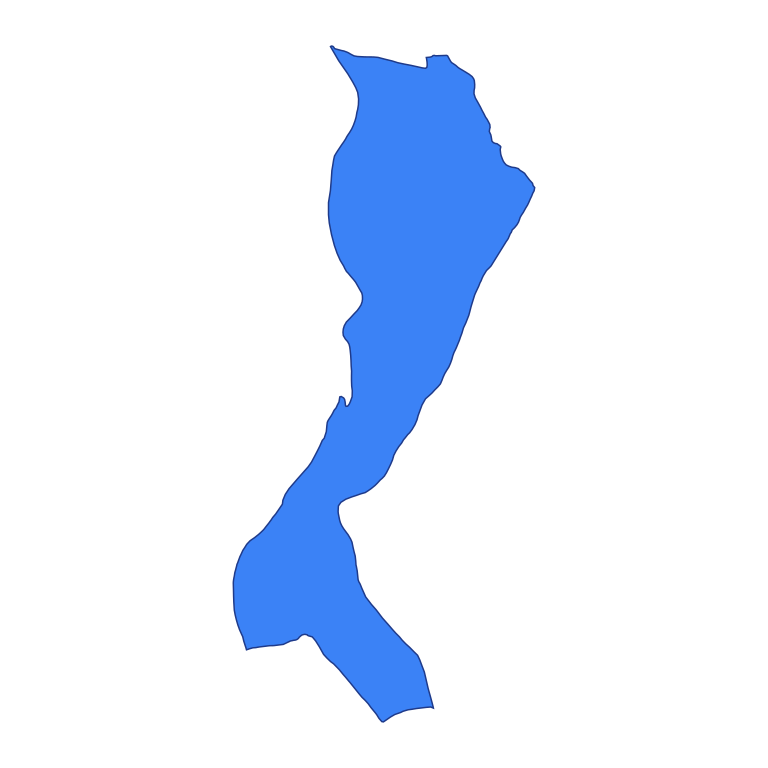 the district of Stueng Traeng, Stœng Trêng, Cambodia
{"feature_id": "14789045B25849746907404", "entity_name": "Stueng Traeng", "entity_type": "district", "adm_level": 2, "iso_a3": "KHM", "parent_name": "Cambodia", "parent_adm1": "Stœng Trêng", "projection": "natural_earth1", "projection_center": [106.059, 13.658], "detail": "fine", "context": "isolated", "style": "filled", "palette": "blue", "viewbox_px": 768, "rotation_deg": 0, "n_neighbors": 0, "source": "geoboundaries", "source_scale": "gbopen_adm2", "svg_char_len": 5863}
<svg xmlns="http://www.w3.org/2000/svg" viewBox="0 0 768 768"><path d="M501.2,155.9L500.7,154.0L500.2,149.6L500.5,148.0L500.8,146.9L500.1,145.9L498.4,144.7L497.0,143.7L495.4,143.5L493.3,142.6L491.9,141.0L491.7,139.7L491.2,136.7L490.8,134.8L490.1,133.3L489.3,131.5L489.7,128.7L490.1,127.5L489.8,124.5L488.8,122.5L487.1,119.3L485.6,117.2L483.6,113.2L482.0,110.3L480.4,107.0L477.7,102.1L475.3,97.9L474.0,93.8L474.1,90.4L474.6,87.9L474.7,84.6L474.3,80.5L473.6,78.7L472.1,76.6L469.2,74.3L462.0,69.9L459.9,68.7L458.0,67.4L455.8,65.4L454.2,64.3L451.6,62.6L450.6,61.3L449.2,58.8L447.6,55.9L446.7,55.4L435.7,55.8L434.3,55.4L433.0,55.6L432.2,56.4L430.4,57.1L426.3,57.5L426.5,58.4L427.0,61.6L427.1,62.8L427.2,65.2L427.0,66.5L426.8,67.4L425.5,68.3L422.4,67.9L417.0,66.7L411.1,65.4L404.3,64.1L397.7,62.7L392.3,61.0L385.3,59.3L378.0,57.4L373.5,57.0L364.7,56.9L357.5,56.5L354.1,55.9L352.1,54.9L350.4,54.0L348.6,52.9L346.9,52.1L343.9,51.0L341.4,50.5L338.9,49.8L337.0,49.3L335.5,48.9L334.5,48.5L333.9,47.4L333.1,46.5L332.1,46.1L331.2,46.1L330.5,46.6L338.7,60.7L347.8,73.8L352.8,82.1L355.8,87.7L357.7,92.4L358.6,99.0L358.4,104.9L357.7,109.3L356.9,112.4L356.1,117.1L355.0,120.9L353.4,125.3L351.7,129.0L349.4,132.8L348.2,134.5L346.8,136.7L345.6,139.0L343.6,142.1L341.8,144.6L340.2,147.0L337.8,150.6L336.5,152.6L334.5,156.0L333.6,160.0L332.9,164.5L331.9,170.5L331.3,179.4L330.4,190.7L328.5,202.6L328.5,214.8L329.3,223.1L331.5,234.5L334.4,245.5L337.1,253.3L340.2,260.3L343.7,266.1L344.7,268.3L346.5,271.5L347.9,272.9L350.4,275.9L353.5,279.5L355.6,282.2L357.1,284.8L359.8,289.6L361.8,293.0L362.4,295.6L362.5,299.1L362.3,300.5L362.2,301.6L361.0,305.0L359.3,307.7L357.2,310.6L354.3,313.6L350.2,318.1L346.4,322.0L344.3,325.7L343.3,329.0L343.0,332.3L343.3,335.5L345.4,339.1L347.6,341.6L349.1,344.3L349.8,347.3L350.2,350.4L350.7,355.4L351.0,360.4L351.2,366.1L351.6,371.2L351.5,376.0L351.5,380.2L351.7,386.1L352.3,390.7L352.2,394.2L352.1,396.8L351.2,399.3L350.3,401.8L349.2,404.2L347.6,406.2L346.0,406.3L345.4,405.1L345.3,403.4L345.1,401.9L344.6,399.4L343.6,397.9L341.2,396.5L339.8,396.9L339.0,401.9L337.6,404.6L336.1,407.9L334.1,410.3L332.4,413.7L331.3,415.6L329.3,418.6L328.0,420.7L327.3,422.3L326.9,425.4L326.3,431.7L324.2,438.3L323.1,439.5L322.3,440.4L319.9,445.9L317.2,451.3L314.8,455.9L311.5,462.1L308.1,466.9L297.3,479.1L289.1,488.6L285.3,494.4L282.9,500.2L282.4,504.2L277.9,510.8L276.7,512.5L276.0,513.6L275.1,514.7L272.8,517.4L271.1,520.0L269.8,521.7L269.2,522.6L267.7,524.5L265.7,527.0L264.1,529.1L263.4,529.9L262.4,530.9L260.4,532.8L258.4,534.6L256.5,536.1L254.9,537.4L253.2,538.6L251.4,539.8L249.8,541.0L249.0,541.9L247.0,544.0L246.3,545.0L245.7,546.0L244.5,547.9L242.9,550.3L241.8,552.7L240.8,554.9L239.9,556.7L239.5,557.8L238.4,560.8L238.1,561.6L237.7,562.8L237.0,564.3L236.7,565.7L235.5,570.3L234.9,572.4L234.6,574.0L234.5,574.9L234.2,576.6L233.9,578.0L233.8,578.7L233.6,579.7L233.4,581.4L233.3,583.0L233.5,590.4L233.6,596.0L233.8,601.8L234.3,610.2L235.2,615.0L236.4,619.9L237.9,625.1L238.9,627.8L239.5,629.6L241.0,632.9L241.6,634.3L242.7,636.6L243.8,641.2L245.2,645.6L246.0,647.9L246.1,648.5L246.5,649.8L247.4,649.5L248.3,649.2L249.4,648.8L250.8,648.4L252.9,647.8L255.9,647.6L257.3,647.3L259.7,646.9L260.6,646.8L264.7,646.3L269.5,645.7L273.8,645.6L283.3,644.4L290.6,640.9L292.0,640.7L293.1,640.4L294.3,640.2L295.2,640.1L296.5,639.7L297.6,639.1L298.5,638.3L299.2,637.3L300.3,636.3L301.4,635.4L302.2,634.9L304.2,634.4L305.0,634.3L307.4,634.9L307.7,635.4L308.5,635.8L310.3,636.3L312.3,636.9L313.4,638.2L315.7,641.0L319.3,646.7L323.6,654.4L326.8,657.9L330.6,661.6L333.6,663.8L339.4,669.8L343.2,674.5L345.5,677.1L348.7,681.0L349.6,682.0L359.0,693.7L362.0,697.3L365.2,700.4L368.2,703.7L371.0,707.6L375.7,713.3L376.8,714.8L379.0,718.4L381.8,721.6L383.4,721.9L386.2,720.0L390.5,717.0L394.8,714.5L399.7,712.8L400.6,712.5L403.0,711.3L408.0,709.8L411.7,709.3L416.6,708.5L425.9,707.4L430.7,707.0L433.4,708.1L433.0,706.3L432.1,702.8L430.5,696.9L428.2,688.7L426.7,682.2L425.5,677.0L424.3,671.9L422.0,665.9L419.8,660.0L417.6,655.3L414.1,651.9L409.6,647.3L405.7,643.8L402.2,640.2L399.4,636.8L395.6,633.0L392.4,629.4L389.3,625.8L382.3,617.9L376.3,610.0L371.4,604.4L365.7,597.0L361.8,588.2L360.2,584.2L358.8,581.7L358.1,579.7L357.2,570.9L356.3,566.1L356.0,565.1L355.7,560.7L355.2,556.0L354.1,551.9L353.1,547.6L352.0,542.2L350.6,539.0L348.0,534.6L346.4,532.5L343.6,528.7L341.8,525.8L340.5,523.0L339.7,520.4L338.8,516.0L338.3,513.5L338.1,511.6L338.4,505.9L340.9,502.3L345.8,499.2L351.8,496.9L356.1,495.5L360.9,493.8L365.2,492.6L368.2,490.7L371.3,488.5L375.2,485.3L377.4,483.1L380.2,480.0L382.1,478.4L384.5,475.9L384.8,475.3L386.4,472.8L388.4,468.9L390.8,463.9L392.5,459.9L393.8,455.3L396.0,451.0L398.8,446.6L401.6,443.1L403.5,439.8L405.3,437.7L407.7,434.6L409.6,432.8L412.1,429.4L413.7,426.7L414.9,424.7L415.2,424.0L417.0,419.8L418.1,415.6L422.0,405.0L425.5,398.8L429.6,395.2L432.1,392.9L434.9,389.8L437.9,386.8L440.4,383.9L442.0,380.2L443.1,377.2L444.7,373.7L446.4,370.8L448.8,367.0L450.4,363.4L451.9,359.2L452.8,355.8L454.0,352.5L455.4,349.7L456.5,347.3L458.0,343.6L459.3,340.5L460.4,337.2L461.8,333.5L463.5,327.8L465.9,322.7L467.3,319.1L468.8,315.3L469.7,312.0L471.1,306.5L472.6,301.6L474.0,297.1L474.6,295.1L475.5,293.0L476.8,290.2L478.7,286.2L480.0,282.8L481.1,280.8L482.1,278.2L483.3,275.7L484.9,273.1L486.5,270.5L489.5,267.6L491.0,266.0L506.1,241.7L507.9,239.1L508.4,238.2L508.9,236.9L509.6,235.3L510.2,233.8L511.3,232.3L512.2,229.9L513.7,228.5L514.8,227.4L517.0,224.7L518.5,222.1L519.4,219.7L520.2,217.3L521.6,214.9L523.3,212.4L525.6,208.2L527.5,205.1L528.8,202.4L530.3,198.9L531.7,196.0L532.7,193.4L534.1,190.8L534.7,187.6L533.1,185.6L532.5,183.3L531.2,181.8L529.6,180.1L526.4,175.9L524.6,173.3L522.6,171.9L520.0,170.3L518.3,168.6L515.0,167.6L511.8,167.2L508.8,166.2L506.2,164.9L504.5,163.0L503.3,161.2L502.4,159.1L501.2,155.9Z" fill="#3b82f6" stroke="#1e3a8a" stroke-width="1.5"/></svg>